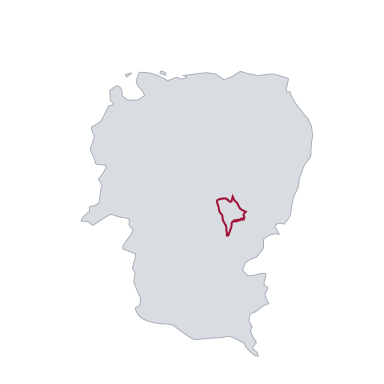 Rovieng, Preah Vihéar, Cambodia shown in context, rotated 109°
{"feature_id": "14789045B51869022105306", "entity_name": "Rovieng", "entity_type": "district", "adm_level": 2, "iso_a3": "KHM", "parent_name": "Cambodia", "parent_adm1": "Preah Vihéar", "projection": "orthographic", "projection_center": [105.174, 13.345], "detail": "fine", "context": "in_parent", "style": "outline", "palette": "rose", "viewbox_px": 384, "rotation_deg": 109, "n_neighbors": 0, "source": "geoboundaries", "source_scale": "gbopen_adm2", "svg_char_len": 7064}
<svg xmlns="http://www.w3.org/2000/svg" viewBox="0 0 384 384"><g transform="rotate(109 192 192)"><path d="M325.5,75.9L326.4,78.8L324.2,84.5L321.9,89.6L317.6,94.1L317.4,97.4L316.0,107.2L316.6,110.3L317.7,112.9L319.1,114.4L323.0,123.9L326.6,132.6L330.1,139.7L330.7,144.2L327.7,155.7L324.1,166.3L324.5,171.5L326.1,176.8L327.8,183.8L328.5,192.7L327.7,198.6L326.0,202.2L322.9,206.0L320.1,207.9L316.8,204.8L314.1,204.6L310.5,205.6L307.8,207.1L302.1,212.6L295.8,218.0L287.0,219.4L283.7,223.3L280.0,223.9L273.1,224.2L268.5,225.1L268.8,227.1L268.4,236.4L268.5,238.6L267.8,239.2L264.7,239.5L259.4,238.1L252.2,235.8L247.0,235.5L244.4,239.6L242.9,241.2L240.9,241.4L238.9,242.1L238.2,244.0L238.0,246.2L239.0,250.1L239.4,256.3L239.2,260.5L241.1,263.2L252.1,272.1L255.4,274.3L255.7,275.7L253.8,280.6L255.6,287.4L252.1,287.3L246.3,284.4L243.6,282.6L240.2,284.0L239.1,283.8L236.8,280.4L233.9,276.9L230.8,276.7L224.4,278.1L217.8,279.1L215.3,279.0L214.3,279.7L210.5,284.8L208.9,283.9L202.3,282.0L196.3,281.2L195.0,282.5L195.7,286.7L197.1,290.8L196.3,292.5L193.0,294.7L188.6,298.5L185.9,301.5L184.0,302.3L177.3,302.1L170.7,302.5L168.0,305.3L165.5,307.5L163.4,308.1L154.7,301.1L137.4,298.6L135.6,295.5L133.9,294.9L132.3,298.9L122.8,302.7L118.8,300.3L115.9,297.5L116.4,294.0L119.1,291.2L123.9,289.2L126.1,282.1L122.5,273.0L119.4,270.4L116.1,268.2L112.6,271.6L109.6,277.4L106.6,280.3L102.2,281.0L95.9,280.7L93.5,272.0L92.8,264.6L93.7,256.1L94.7,251.1L88.7,244.2L88.4,237.6L85.5,234.2L84.6,235.9L84.7,237.8L83.8,236.4L74.4,217.0L72.9,208.0L74.6,201.2L75.6,198.8L72.9,195.2L69.0,191.0L62.2,185.6L61.8,177.0L60.4,166.9L58.4,163.5L55.3,157.2L53.7,152.1L53.3,138.5L54.2,137.4L59.0,137.1L65.2,136.1L66.2,134.0L65.2,132.1L69.2,129.1L74.9,122.4L79.4,115.4L82.6,111.0L84.5,106.6L90.9,100.4L99.8,96.1L105.8,95.2L112.0,93.7L118.0,91.7L120.8,91.5L128.2,94.1L132.2,94.8L136.4,94.7L140.7,95.0L144.5,94.8L153.6,93.1L163.2,94.5L171.8,93.4L182.4,91.4L187.6,92.7L192.4,94.7L193.0,98.9L194.1,100.8L195.7,102.2L197.8,102.2L200.5,99.3L202.8,96.4L203.5,95.8L203.7,97.3L204.8,100.5L206.8,103.7L208.9,105.8L212.3,108.6L214.5,108.7L221.8,106.1L232.7,109.9L234.0,111.8L237.5,115.7L241.3,118.5L249.8,118.7L252.9,111.8L251.4,107.6L246.5,100.2L245.2,95.9L246.7,95.1L254.9,94.3L256.2,93.4L258.0,88.7L260.2,89.2L264.8,89.8L269.6,86.5L272.4,83.1L274.0,84.6L275.7,87.0L277.6,88.4L281.0,90.4L284.9,93.3L287.2,96.1L289.2,97.2L294.0,96.4L295.3,96.5L298.1,93.0L300.1,91.2L301.8,91.7L304.2,91.6L309.3,87.2L312.2,83.2L313.7,82.1L318.3,84.0L320.1,83.6L322.7,78.1L325.5,75.9ZM90.4,260.6L89.4,261.1L88.5,261.1L87.6,260.3L87.7,257.2L88.4,255.3L90.0,254.9L90.4,260.6ZM104.6,291.3L102.7,293.3L99.6,289.0L99.6,287.8L104.6,291.3Z" fill="#d9dde1" stroke="#a8b0b8" stroke-width="1"/><path d="M197.6,162.0L197.7,161.9L198.2,161.6L198.5,161.5L199.2,161.1L199.5,161.0L199.8,160.8L200.2,160.5L200.4,160.4L200.5,160.4L200.9,160.0L201.2,159.9L201.4,159.6L202.1,159.1L202.3,158.8L202.7,158.3L202.9,157.9L203.0,157.7L203.2,157.1L203.4,156.8L203.7,156.5L203.9,156.2L204.0,156.1L204.4,155.8L204.6,155.6L205.0,155.4L205.5,155.2L205.9,154.9L206.0,154.9L206.4,154.6L206.8,154.4L206.9,154.5L207.1,154.4L207.3,154.3L208.1,154.0L208.3,153.9L208.6,153.7L208.8,153.5L209.1,153.1L209.6,152.5L210.0,152.1L210.3,151.8L210.7,151.3L210.9,151.1L211.3,150.7L211.5,150.5L211.5,150.4L211.8,150.1L212.0,150.0L212.0,149.9L212.2,149.7L212.5,149.1L212.8,148.8L213.1,148.7L213.7,148.4L213.8,148.3L214.0,148.2L214.3,148.1L214.9,147.7L215.0,147.7L215.4,147.6L215.7,147.5L216.1,147.3L216.7,147.1L217.1,147.0L217.4,146.8L217.5,146.8L217.6,146.7L217.9,146.5L218.5,146.2L218.9,145.8L219.1,145.7L219.4,145.6L219.7,145.5L220.0,145.4L221.3,145.1L221.5,145.1L221.6,144.9L221.8,144.7L222.1,144.3L222.2,144.1L222.3,144.1L221.4,143.7L220.8,143.6L220.6,143.5L220.1,143.5L219.8,143.6L219.6,143.5L219.3,143.6L219.2,143.6L218.9,143.5L218.7,143.5L218.1,143.5L217.7,143.5L217.3,143.5L217.1,143.5L216.8,143.5L216.6,143.5L216.3,143.5L216.0,143.5L215.8,143.5L215.5,143.5L215.1,143.4L214.9,143.4L214.6,143.4L214.3,143.4L214.1,143.4L213.9,143.4L213.4,143.3L213.2,143.3L212.8,143.5L212.6,143.5L212.4,143.4L212.1,143.4L211.4,143.5L211.1,143.5L210.7,143.7L210.5,143.8L210.3,143.9L210.2,143.9L209.8,144.0L209.4,144.2L209.1,144.2L208.8,144.3L208.6,144.3L208.4,144.4L208.2,144.3L207.7,144.4L207.4,144.1L207.1,143.9L206.8,143.7L206.7,143.7L206.4,143.6L206.2,143.4L205.7,143.3L205.7,143.2L205.4,142.8L205.1,142.7L204.9,142.4L205.0,142.2L205.3,142.3L205.4,142.5L205.5,142.5L205.5,142.4L205.6,142.2L205.9,142.1L205.9,141.9L205.6,141.8L205.4,141.8L205.1,141.7L204.9,141.5L204.7,141.4L204.9,141.0L205.1,140.9L205.2,140.7L205.3,140.7L205.3,140.4L205.1,140.3L204.8,140.4L204.6,140.6L204.4,140.7L204.4,140.8L204.2,140.9L204.1,140.7L204.3,140.4L204.4,140.2L204.3,139.9L204.2,139.9L203.7,140.1L203.5,139.9L203.4,139.7L203.3,139.4L203.5,139.2L203.8,139.0L203.9,138.8L204.0,138.8L204.0,138.7L203.9,138.6L203.6,138.6L203.3,138.4L203.2,138.4L203.0,138.2L203.0,137.8L203.0,137.7L202.8,137.6L202.7,137.5L202.4,137.5L202.4,137.4L202.5,137.2L202.5,136.9L202.4,136.8L202.1,136.9L202.0,137.0L201.9,137.1L201.7,137.1L201.6,136.9L201.7,136.5L201.7,136.4L201.4,136.3L201.2,136.5L200.9,136.4L200.7,136.0L200.7,135.9L200.8,135.7L201.0,135.5L200.9,135.5L200.8,135.4L200.7,135.3L200.6,135.2L200.7,134.9L200.8,134.8L201.0,134.8L201.0,134.6L200.9,134.5L200.7,134.6L200.4,134.5L200.1,134.5L200.0,134.4L200.2,134.2L199.8,134.2L199.1,134.2L198.8,134.2L198.7,134.3L198.4,134.5L198.2,134.7L197.9,135.1L197.7,135.3L197.4,135.5L197.0,135.7L196.9,135.8L196.6,135.9L196.3,135.9L196.1,135.9L195.4,135.6L194.6,135.4L194.1,135.2L193.7,135.0L193.2,134.7L193.1,135.3L193.0,135.7L192.9,136.9L192.8,138.2L192.8,138.6L192.7,138.8L192.7,139.1L192.6,139.3L192.4,139.7L192.3,139.9L192.3,140.1L192.0,140.9L191.8,141.4L191.8,141.5L191.7,141.6L191.4,141.9L191.2,142.1L190.6,142.8L189.7,143.9L189.1,144.4L188.9,144.5L188.4,145.0L188.1,145.2L187.9,145.4L187.6,145.8L187.5,146.0L187.4,146.2L187.1,146.8L187.0,147.0L186.9,147.2L186.8,147.6L186.6,148.2L186.3,148.7L186.1,149.2L185.8,149.5L185.3,150.0L185.2,150.1L185.0,150.3L184.3,150.9L183.7,151.4L183.1,152.0L184.4,151.9L185.2,151.8L185.3,151.8L185.9,151.9L186.2,151.9L186.3,151.9L187.3,151.8L187.9,151.8L188.0,151.7L188.1,151.8L188.3,151.9L188.6,152.4L188.7,152.8L188.8,153.2L188.7,153.4L188.6,153.8L188.5,154.0L188.4,154.3L188.4,154.5L188.3,154.8L188.2,155.0L188.0,155.3L187.8,155.5L187.7,155.5L187.7,155.9L187.8,156.1L187.7,156.3L187.4,156.5L187.3,157.0L187.4,157.3L187.4,157.5L187.3,157.9L187.3,158.0L187.2,158.0L187.4,158.4L187.4,158.5L187.4,158.8L187.4,159.1L187.5,159.4L187.6,159.6L187.8,159.8L188.0,159.9L188.0,160.0L188.0,160.3L188.0,160.5L188.0,160.8L188.1,161.0L188.3,161.2L188.5,161.5L188.9,161.8L188.9,162.2L189.0,162.2L189.0,162.3L189.1,162.5L189.3,162.9L189.4,163.1L189.6,163.1L189.7,163.3L189.7,163.5L190.1,163.9L190.4,164.4L190.8,164.7L191.0,165.0L191.4,165.3L191.5,165.4L192.1,165.5L192.6,165.5L193.5,165.0L193.7,164.8L194.2,164.5L195.2,163.7L195.4,163.6L195.8,163.2L196.1,163.0L196.3,162.9L196.9,162.4L197.0,162.3L197.6,162.0Z" fill="none" stroke="#9f1239" stroke-width="2"/></g></svg>